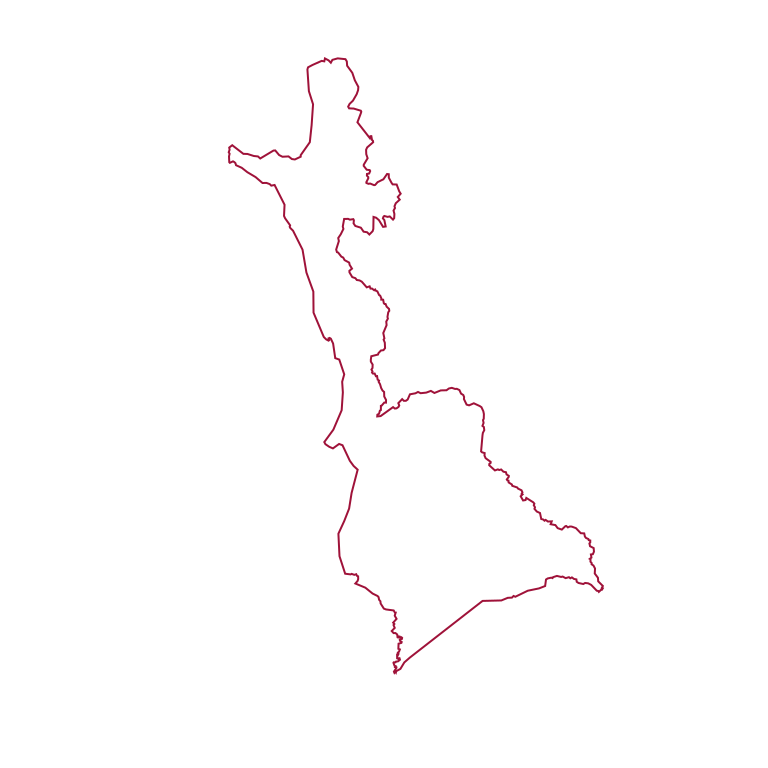 Ho West, Volta, Ghana (orthographic projection), rotated 322°
{"feature_id": "2480657B47242267083805", "entity_name": "Ho West", "entity_type": "district", "adm_level": 2, "iso_a3": "GHA", "parent_name": "Ghana", "parent_adm1": "Volta", "projection": "orthographic", "projection_center": [0.372, 6.6], "detail": "fine", "context": "isolated", "style": "outline", "palette": "rose", "viewbox_px": 768, "rotation_deg": 322, "n_neighbors": 0, "source": "geoboundaries", "source_scale": "gbopen_adm2", "svg_char_len": 6156}
<svg xmlns="http://www.w3.org/2000/svg" viewBox="0 0 768 768"><g transform="rotate(322 384 384)"><path d="M442.9,454.5L437.9,453.2L436.4,451.1L437.7,445.1L439.1,443.6L439.7,441.5L438.8,439.0L439.7,435.2L438.4,432.6L437.0,431.7L435.1,428.8L432.4,427.5L429.4,427.4L424.8,424.0L418.2,422.1L416.7,418.3L412.0,416.8L407.2,413.8L405.9,411.2L403.1,410.7L398.1,408.1L393.1,410.8L390.9,410.7L389.3,409.5L389.0,407.1L383.5,407.9L382.8,410.3L381.3,411.0L378.9,410.9L377.4,410.0L376.9,407.8L361.6,407.2L358.7,405.4L359.9,404.1L361.8,404.4L364.3,402.5L365.5,402.6L368.1,399.3L368.7,399.6L372.8,398.8L374.1,399.9L375.8,397.8L376.5,394.0L379.2,390.3L378.8,388.3L379.3,385.4L380.8,381.6L381.1,379.0L382.2,378.3L381.7,376.6L383.4,373.5L382.4,372.9L383.1,370.0L381.7,369.0L381.6,367.6L382.7,367.0L383.0,364.9L384.8,364.3L387.0,361.7L387.4,358.3L388.5,356.8L391.1,354.3L397.4,357.1L398.6,356.3L402.2,355.7L404.4,357.0L406.9,356.4L410.1,351.9L411.0,348.8L412.4,348.3L414.8,343.4L422.3,339.2L424.2,336.2L427.3,334.9L428.0,333.3L431.5,330.1L433.2,329.6L434.2,327.9L433.7,324.7L434.5,321.9L433.7,321.3L433.6,320.2L435.2,317.1L433.8,315.8L434.6,315.0L435.4,312.0L434.9,310.9L435.8,306.9L435.0,305.4L435.2,304.1L434.0,304.1L433.3,301.4L432.1,300.5L432.8,298.2L429.9,297.2L429.5,289.7L428.5,287.3L426.6,285.3L426.6,283.0L424.8,280.2L425.5,274.8L426.4,273.5L429.8,273.4L430.3,268.9L431.3,266.9L429.2,262.1L429.7,259.3L428.8,257.4L428.8,252.2L428.1,251.1L429.1,248.6L436.4,243.6L437.8,240.8L442.1,239.4L447.5,236.8L448.4,234.6L454.2,229.4L457.4,231.8L458.3,233.5L461.3,235.2L461.1,236.4L458.9,238.7L458.7,241.8L462.0,246.6L461.7,251.4L464.1,254.0L464.5,257.2L469.1,256.6L471.0,255.3L478.6,245.9L480.2,248.2L480.9,251.8L480.0,259.6L482.3,260.9L485.2,255.0L485.1,252.8L486.7,251.8L487.7,251.8L489.7,254.5L491.7,255.5L492.3,260.0L494.1,259.6L496.9,256.4L498.3,253.2L501.0,252.1L501.7,250.4L504.6,248.8L509.9,248.4L510.0,245.1L514.3,244.3L514.6,241.6L516.8,234.6L513.7,232.0L513.8,230.0L514.8,224.4L516.9,221.6L515.7,220.4L509.6,222.3L503.2,221.0L499.6,221.7L498.6,221.2L496.5,217.5L495.0,216.7L493.9,214.8L494.3,214.1L498.3,212.2L499.0,211.2L498.8,209.3L499.9,208.0L501.9,209.0L504.2,207.7L504.4,206.6L502.3,204.5L502.3,199.6L503.1,198.7L510.1,196.0L511.5,192.0L514.1,188.4L516.4,187.2L524.3,186.8L525.0,185.6L524.8,184.3L526.6,180.9L525.9,180.4L524.2,181.6L524.2,161.4L532.1,156.6L533.7,155.5L534.0,154.4L529.7,148.3L526.2,145.3L526.5,143.4L529.3,142.1L534.0,141.6L540.9,138.8L544.5,136.5L546.7,134.1L548.0,126.7L550.6,119.3L550.9,110.5L553.3,106.9L553.6,104.3L548.0,98.9L542.9,96.8L539.9,98.1L539.6,94.9L537.9,91.1L535.6,93.0L533.8,91.0L524.2,88.6L519.1,87.7L517.3,89.0L505.1,107.0L500.3,119.9L486.3,135.5L474.4,147.8L459.2,152.4L458.3,153.6L452.0,152.2L449.9,150.0L448.9,145.9L443.9,142.4L442.3,139.0L442.1,133.0L440.6,132.0L425.3,130.1L424.8,127.1L421.8,124.2L418.0,118.6L414.9,116.1L411.4,102.4L407.6,102.4L406.5,104.4L404.3,105.8L404.1,107.5L402.0,109.2L398.6,114.0L398.7,114.8L402.1,115.6L402.7,117.0L402.9,118.5L402.1,120.5L405.0,126.0L406.7,132.9L410.2,141.9L412.0,150.8L415.2,153.2L417.0,156.1L417.3,158.3L420.3,159.8L416.0,181.5L408.7,190.0L408.1,192.4L407.7,201.2L406.5,202.0L406.2,203.3L406.7,207.2L402.5,228.0L391.5,248.4L385.2,267.7L372.4,284.4L365.5,309.9L365.9,313.2L367.0,315.7L367.7,315.7L368.4,313.9L369.5,314.2L370.0,315.6L368.8,320.8L361.5,333.6L363.8,337.2L358.6,351.9L352.4,356.5L346.4,365.3L334.5,378.6L316.0,388.8L301.2,393.0L300.8,395.4L302.2,399.8L304.1,403.3L311.7,403.6L313.6,406.7L309.8,423.5L309.6,429.9L310.5,435.3L291.4,449.9L279.8,460.7L268.3,467.5L255.9,473.9L242.9,492.3L236.6,509.6L240.5,513.5L241.6,513.7L243.1,516.1L245.0,516.8L244.6,518.5L245.2,519.6L243.6,521.8L242.0,522.9L238.6,523.6L243.9,533.0L246.0,542.1L248.4,547.1L248.5,548.6L247.3,551.0L247.4,553.0L246.2,554.9L245.6,560.9L246.8,562.9L252.2,568.4L251.8,571.3L252.2,571.5L249.8,573.2L249.3,576.8L244.3,577.7L244.4,579.5L243.1,579.8L242.3,582.8L238.0,583.4L238.2,586.2L239.7,587.3L240.2,589.5L239.0,591.5L240.2,591.9L240.6,592.4L239.7,592.8L241.8,594.2L242.0,595.2L241.2,595.9L239.1,595.1L238.5,596.1L239.1,598.2L238.3,598.7L235.6,597.6L232.3,601.5L233.1,602.9L231.0,604.2L229.6,604.2L229.3,605.6L227.6,606.4L228.4,605.2L227.9,605.1L225.5,608.2L226.5,609.2L226.0,609.6L226.3,610.4L226.9,610.3L226.8,609.2L227.4,609.6L226.8,611.1L224.4,611.2L222.4,610.1L221.7,610.4L220.3,609.3L219.8,609.5L218.8,612.5L219.4,613.4L218.5,613.9L219.4,614.8L219.1,615.3L214.7,616.8L214.4,618.0L215.9,617.6L215.8,618.6L216.8,617.8L221.5,618.6L228.6,615.9L235.9,615.5L328.1,615.6L343.2,626.8L349.9,628.7L353.3,631.1L355.6,630.8L356.5,632.5L370.0,635.4L380.3,640.5L386.6,642.4L391.3,637.8L393.3,638.0L396.6,639.6L397.3,640.7L398.3,640.3L402.1,641.7L404.8,645.1L406.2,645.7L407.6,648.8L410.8,650.1L411.2,651.8L413.0,652.1L413.7,654.6L415.3,656.4L414.1,658.5L414.8,660.6L417.9,664.3L420.0,664.6L422.2,666.8L423.6,669.9L424.4,677.9L425.4,679.0L425.3,680.1L428.4,679.8L429.0,680.3L430.6,679.7L430.1,678.8L432.1,677.9L431.3,671.4L433.3,668.4L433.4,663.1L436.7,659.3L437.3,656.0L436.6,653.9L437.4,653.0L437.3,651.1L438.8,649.3L438.5,648.5L440.6,648.5L442.1,645.7L443.8,646.7L446.2,645.4L448.2,642.4L446.5,638.7L447.7,636.1L449.0,635.8L450.2,634.3L449.2,633.1L449.6,632.0L448.4,629.7L448.4,627.9L449.8,625.0L447.2,622.7L446.5,615.7L444.1,611.9L442.7,610.7L440.6,610.2L440.2,608.1L439.4,607.7L434.5,608.2L432.1,604.5L432.2,600.7L429.0,597.1L431.6,595.5L428.5,593.3L427.7,590.6L426.3,590.5L426.1,588.9L424.8,587.2L427.5,581.7L425.9,578.6L425.7,575.0L427.1,574.1L427.4,571.7L428.8,570.9L428.8,569.2L426.0,561.4L424.1,562.6L421.9,561.4L422.6,556.6L425.2,556.3L424.8,555.3L426.4,554.6L426.9,552.4L425.2,548.9L425.3,547.6L422.4,543.2L422.9,541.9L421.6,538.3L422.6,536.8L421.9,535.9L422.0,534.8L425.1,534.0L425.8,533.2L424.9,530.7L425.8,528.6L424.1,526.6L423.7,523.5L421.8,522.7L421.2,521.4L418.2,520.4L416.9,512.8L417.8,511.8L419.5,511.8L420.1,511.0L418.4,505.1L419.1,502.3L420.8,500.4L419.2,498.2L419.0,496.9L430.1,485.0L431.8,483.4L434.6,482.1L436.2,479.4L435.8,477.6L438.5,476.0L439.8,473.4L441.2,472.8L444.2,469.2L445.5,466.6L446.5,462.3L445.9,460.4L442.9,454.5Z" fill="none" stroke="#9f1239" stroke-width="2"/></g></svg>